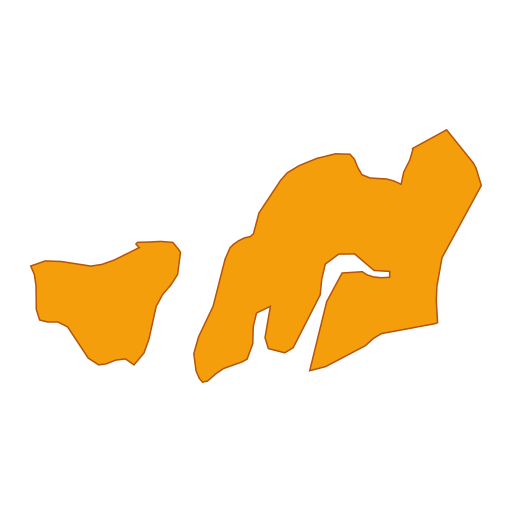 SVG path tracing the border of Biombo
{"feature_id": "GNB-5500", "entity_name": "Biombo", "entity_type": "Region", "adm_level": 1, "iso_a3": "GNB", "parent_name": "Guinea-Bissau", "parent_adm1": "", "projection": "orthographic", "projection_center": [-15.894, 11.883], "detail": "fine", "context": "isolated", "style": "filled", "palette": "amber", "viewbox_px": 512, "rotation_deg": 0, "n_neighbors": 0, "source": "natural_earth", "source_scale": "10m", "svg_char_len": 1427}
<svg xmlns="http://www.w3.org/2000/svg" viewBox="0 0 512 512"><path d="M437.6,322.6L435.3,323.6L381.4,333.6L373.3,338.5L365.3,345.7L325.6,366.6L309.7,370.7L326.7,301.6L342.1,273.0L362.3,271.7L366.9,274.8L373.3,276.9L380.9,277.7L389.7,277.3L389.7,271.4L374.1,270.5L354.6,253.9L338.7,254.1L325.3,264.1L321.8,278.7L320.2,294.8L293.2,347.7L284.7,352.8L268.4,348.6L265.0,337.7L270.4,306.3L256.5,313.0L253.2,326.8L252.8,343.6L247.1,359.1L242.1,361.9L223.6,368.5L215.9,373.7L207.5,381.0L202.6,382.2L199.3,378.4L196.0,370.7L193.8,353.7L198.6,336.7L213.1,306.3L225.1,259.1L230.1,247.7L233.5,244.3L238.7,240.7L244.7,237.8L250.3,236.6L253.5,233.6L259.0,212.9L280.6,180.3L287.4,172.7L299.2,165.6L316.8,158.4L335.4,153.8L349.9,154.2L354.4,159.2L357.6,167.2L361.9,174.7L370.1,178.0L386.6,179.0L393.8,180.9L401.1,184.3L403.7,172.2L409.8,160.0L412.9,149.5L412.4,148.9L413.3,148.0L446.6,129.8L473.3,163.0L476.0,168.0L481.3,185.5L442.0,257.7L436.9,286.2L436.3,300.8L437.6,322.6ZM30.7,266.0L45.3,260.9L61.3,261.5L90.9,266.1L101.9,264.4L114.3,260.0L139.2,247.6L136.0,244.3L136.1,243.7L137.7,242.3L149.7,242.0L160.7,241.4L172.8,242.4L178.9,249.8L180.5,252.4L177.6,274.4L171.0,284.8L162.7,294.4L156.2,306.3L148.9,339.3L144.0,352.9L134.0,364.9L125.4,358.9L115.7,360.1L106.4,363.8L98.8,364.9L88.3,358.2L67.6,326.9L57.9,322.0L47.7,322.0L39.6,320.0L36.3,309.4L36.0,285.7L34.4,274.6L30.7,266.0Z" fill="#f59e0b" stroke="#b45309" stroke-width="1.5"/></svg>